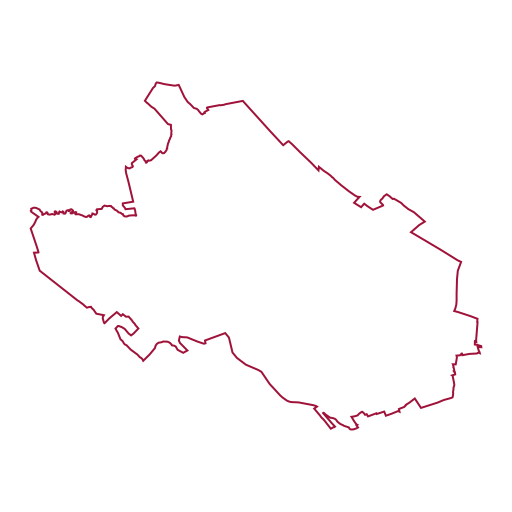 the district of Ungureni, Botosani, Romania
{"feature_id": "2599482B7783599693239", "entity_name": "Ungureni", "entity_type": "district", "adm_level": 2, "iso_a3": "ROU", "parent_name": "Romania", "parent_adm1": "Botosani", "projection": "equal_earth", "projection_center": [26.747, 47.904], "detail": "fine", "context": "isolated", "style": "outline", "palette": "rose", "viewbox_px": 512, "rotation_deg": 0, "n_neighbors": 0, "source": "geoboundaries", "source_scale": "gbopen_adm2", "svg_char_len": 6007}
<svg xmlns="http://www.w3.org/2000/svg" viewBox="0 0 512 512"><path d="M335.0,426.6L331.9,423.3L323.1,413.1L323.5,412.8L324.3,413.2L325.3,414.3L330.0,417.6L333.3,418.2L335.2,419.0L336.2,419.9L337.5,421.8L340.5,424.1L342.7,425.0L344.1,425.9L348.8,427.4L349.4,428.6L350.3,429.3L351.1,429.5L353.4,429.4L356.1,428.5L358.0,427.5L356.4,425.2L357.2,424.8L356.5,424.4L354.3,421.5L351.5,416.8L354.2,416.4L357.6,415.4L359.1,413.7L361.9,411.8L362.3,411.8L363.9,413.2L365.1,414.8L366.7,414.2L368.0,416.4L376.4,413.3L376.7,414.0L384.2,411.6L385.9,415.7L391.4,413.8L398.0,411.1L399.5,411.7L398.9,409.0L404.3,406.9L406.1,405.0L405.9,404.9L406.1,404.7L409.3,402.7L414.8,398.5L421.0,407.9L437.6,402.6L443.8,400.0L450.7,398.1L452.5,397.4L452.8,396.4L453.2,393.2L453.0,392.1L453.5,389.2L453.5,387.6L454.2,385.7L454.3,384.4L452.8,376.6L452.5,375.6L452.2,375.4L455.2,374.4L455.0,372.7L454.8,372.1L454.5,372.2L453.8,371.2L454.3,371.0L454.2,369.9L453.8,368.2L453.4,367.4L453.6,367.1L453.1,365.1L453.3,364.6L453.1,364.3L455.7,364.4L456.8,358.2L456.8,356.7L456.5,355.6L459.9,355.3L460.5,355.0L461.5,353.6L461.9,353.5L462.1,353.8L462.4,355.2L469.5,353.9L477.0,353.5L477.7,352.9L478.5,352.7L479.8,353.2L479.5,352.0L478.8,350.8L477.7,347.0L481.3,347.2L481.2,346.1L476.9,344.8L474.8,344.5L474.9,341.3L476.3,341.9L476.1,340.2L477.5,323.0L477.5,322.0L477.2,321.9L477.5,318.8L470.4,316.1L458.5,312.2L454.2,311.0L455.2,308.8L456.3,304.7L456.6,300.6L456.6,293.5L457.0,279.1L457.8,270.8L461.1,261.9L457.6,260.3L440.9,249.9L411.0,232.2L419.4,224.9L424.8,221.6L413.9,212.2L408.3,209.1L403.5,205.3L401.6,203.3L400.5,202.5L393.9,198.7L392.7,199.0L389.5,196.2L386.7,194.3L384.0,196.2L382.4,198.5L380.8,199.9L380.2,200.9L380.1,201.8L380.4,202.4L382.9,204.8L383.1,205.3L382.9,205.6L373.0,209.8L367.2,206.0L364.2,203.7L361.1,207.2L354.1,202.8L359.5,196.9L357.5,196.8L354.8,195.4L348.8,191.2L341.1,185.2L334.8,179.8L333.0,177.7L332.0,177.1L330.7,175.7L327.8,173.5L323.6,170.7L318.9,166.8L318.5,170.4L311.2,162.8L300.0,152.1L292.3,144.4L288.7,141.2L288.0,141.4L287.0,142.1L283.2,145.2L269.8,130.8L242.8,100.9L225.6,104.2L223.9,104.8L220.5,105.3L219.8,105.1L207.4,107.4L207.0,107.6L206.9,108.0L208.3,110.0L205.1,111.7L204.4,112.3L204.8,113.0L202.2,114.4L201.1,113.7L199.2,111.5L198.1,110.0L196.7,108.8L193.9,108.0L190.5,104.4L187.7,102.0L184.4,97.1L178.7,84.9L175.5,85.6L173.9,85.6L164.8,84.2L158.6,82.7L156.6,82.5L155.6,84.0L155.0,86.1L152.9,88.1L144.9,100.8L146.9,102.8L147.7,103.3L151.2,106.6L154.5,108.7L167.8,123.9L168.3,124.2L170.9,124.8L171.0,129.3L171.5,130.3L171.3,133.7L171.5,134.4L171.1,135.0L171.2,136.0L171.0,136.5L170.2,137.8L170.1,138.6L169.1,140.4L168.6,142.3L168.0,143.6L167.1,147.7L167.2,148.5L166.8,148.7L166.6,149.9L165.4,151.8L164.0,153.1L162.9,153.3L162.3,153.1L160.6,151.3L160.3,151.5L159.0,152.5L156.2,155.6L151.0,160.3L148.4,160.8L148.2,160.5L146.2,161.7L146.7,162.4L146.1,162.7L145.2,160.9L144.4,160.2L144.1,159.3L143.0,157.7L141.1,155.7L140.0,155.5L139.4,156.1L137.4,156.9L135.0,158.4L134.9,158.6L135.2,159.3L136.3,159.5L131.9,163.1L131.8,163.6L131.9,164.6L132.8,166.0L132.8,166.5L132.4,167.1L130.7,167.7L129.6,168.4L129.2,168.4L127.3,167.8L125.9,166.8L125.9,168.1L125.6,169.6L126.2,173.4L128.5,182.0L133.2,201.7L122.8,203.4L122.8,205.2L123.5,206.3L124.2,206.9L125.2,208.4L125.5,209.2L134.4,208.3L134.6,208.6L134.6,209.1L135.1,210.3L135.6,213.9L136.2,215.2L136.1,215.6L135.8,215.7L134.5,215.3L132.9,215.3L128.9,215.6L127.2,216.4L125.6,216.5L124.5,216.3L123.3,215.4L123.1,214.3L121.7,213.8L120.6,212.8L118.5,212.3L117.1,210.8L114.5,209.5L113.9,208.5L113.2,208.3L112.7,207.5L111.4,206.7L111.1,206.1L109.5,205.9L107.1,206.2L104.5,205.6L102.7,206.9L101.7,208.9L96.9,209.3L96.4,210.1L96.4,210.4L97.1,210.9L97.1,212.7L96.4,214.0L95.8,214.6L95.0,214.7L93.0,213.6L92.4,213.5L92.2,214.5L91.4,215.7L91.1,216.7L90.7,217.1L89.9,216.8L89.6,215.6L89.3,215.4L88.4,215.6L87.2,216.7L85.9,217.0L83.9,216.3L82.3,215.4L78.8,214.2L75.7,214.3L75.3,214.0L75.2,213.5L76.1,212.6L76.2,212.3L75.9,212.1L73.9,212.4L72.1,213.4L70.9,213.4L70.6,213.0L71.7,212.1L72.9,212.0L73.0,210.6L71.5,209.3L70.2,209.5L69.7,210.8L69.3,211.0L68.7,211.0L68.5,210.2L68.2,210.1L66.5,210.7L65.4,213.4L64.8,213.7L63.5,213.5L63.4,211.8L62.7,211.4L61.7,212.4L60.6,212.1L59.5,211.5L59.2,211.9L59.1,212.7L58.7,213.3L58.7,213.8L57.8,213.8L57.3,213.5L56.5,212.1L55.9,211.5L55.2,211.3L54.7,211.6L54.8,212.5L56.2,213.4L54.6,214.7L52.2,214.0L49.9,214.6L48.2,214.4L47.8,214.2L47.6,213.0L47.1,212.4L46.4,212.3L45.6,213.5L43.7,214.2L43.0,214.9L42.4,214.9L42.2,214.3L42.2,212.5L40.6,211.2L39.5,209.5L36.3,208.0L35.0,207.7L33.4,207.8L31.2,208.8L31.4,210.2L30.8,210.9L31.4,211.9L38.5,216.9L37.2,218.1L36.1,219.8L35.4,221.6L33.8,224.7L30.7,228.5L36.4,245.5L38.5,252.2L38.4,252.5L34.0,252.7L36.0,259.9L39.7,270.7L77.6,300.5L78.7,301.1L83.4,304.6L84.5,305.7L87.0,307.7L88.7,307.1L91.0,306.8L91.3,307.5L92.9,309.2L93.5,309.6L96.3,313.7L103.9,315.2L102.8,317.0L102.8,318.6L104.0,322.8L104.6,323.2L109.3,318.4L116.8,312.1L121.1,315.9L122.8,314.2L126.0,316.7L128.6,316.6L131.9,320.3L132.8,321.8L134.8,323.9L135.3,324.9L138.4,328.5L133.6,333.5L131.1,335.4L128.6,333.5L124.6,328.8L121.2,326.8L120.3,326.7L119.5,326.2L117.9,326.0L115.5,328.6L116.0,329.3L116.6,330.8L117.2,331.5L118.0,333.1L120.5,339.3L122.6,341.1L124.0,343.5L124.8,344.4L126.5,345.2L130.8,349.7L137.5,354.6L139.7,357.1L141.4,358.1L142.4,359.2L143.2,360.8L149.6,354.5L155.0,348.0L155.4,346.2L156.6,344.1L158.6,342.7L161.7,342.2L163.2,341.5L167.6,341.7L169.7,342.7L171.2,344.1L171.9,345.3L174.1,345.7L175.7,346.5L177.6,349.8L183.2,352.8L187.4,350.5L180.0,343.0L178.9,340.6L179.8,336.5L182.1,337.1L187.2,337.4L197.8,341.7L203.8,343.7L205.5,343.3L205.0,340.5L225.2,333.1L228.6,337.1L229.1,338.2L232.5,352.5L236.9,357.9L245.9,364.7L258.1,369.9L261.4,371.8L269.6,383.9L280.2,395.4L282.4,397.4L286.9,400.6L289.4,401.7L291.7,402.1L298.6,402.4L313.4,405.2L316.0,406.0L317.0,406.6L314.2,408.6L320.0,415.5L321.6,417.7L323.2,419.1L325.6,422.0L330.8,428.7L333.2,427.4L334.1,427.2L335.0,426.6Z" fill="none" stroke="#9f1239" stroke-width="2"/></svg>